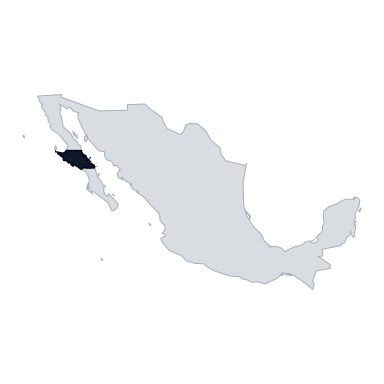 location of Mulegé, Baja California Sur, Mexico
{"feature_id": "50627088B42796639886072", "entity_name": "Mulegé", "entity_type": "district", "adm_level": 2, "iso_a3": "MEX", "parent_name": "Mexico", "parent_adm1": "Baja California Sur", "projection": "orthographic", "projection_center": [-113.158, 27.203], "detail": "fine", "context": "in_parent", "style": "filled", "palette": "ink", "viewbox_px": 384, "rotation_deg": 0, "n_neighbors": 0, "source": "geoboundaries", "source_scale": "gbopen_adm2", "svg_char_len": 7352}
<svg xmlns="http://www.w3.org/2000/svg" viewBox="0 0 384 384"><path d="M37.7,96.1L61.7,94.5L60.6,97.0L98.9,110.9L127.6,110.1L127.4,104.7L145.0,104.0L148.4,107.6L161.5,117.1L165.1,125.6L167.6,128.7L179.9,134.6L183.4,131.8L185.6,125.2L189.0,123.5L197.5,123.8L205.2,130.2L210.9,139.8L220.0,148.2L221.1,153.9L225.5,160.7L244.1,165.3L246.4,164.0L243.1,183.2L243.7,205.6L245.0,210.2L250.4,216.0L249.7,219.6L249.7,216.1L245.2,211.2L246.9,216.0L252.8,225.8L261.6,234.7L264.0,240.6L270.1,246.1L268.5,246.2L271.8,247.2L270.7,246.4L276.6,246.4L280.9,247.9L284.9,251.5L294.3,246.8L301.3,245.2L305.7,242.0L310.6,240.7L311.7,241.4L311.5,242.8L315.6,242.9L318.0,240.4L316.9,237.3L315.7,238.4L316.0,237.6L322.6,230.9L322.5,226.4L324.2,223.5L323.3,216.4L323.9,210.8L328.9,206.7L338.2,203.1L342.1,200.5L346.6,199.1L354.5,199.3L354.9,198.0L352.9,198.3L355.4,197.0L358.8,198.6L359.8,201.6L358.9,206.2L355.0,213.8L355.5,218.1L353.4,221.3L353.9,222.1L356.1,221.3L354.1,224.5L354.3,225.6L355.8,224.9L354.3,236.4L353.6,237.5L351.7,235.4L350.8,231.4L349.1,236.1L346.8,236.9L344.6,243.1L341.3,243.7L341.2,245.6L322.2,249.3L322.9,255.8L318.5,256.6L330.1,264.6L330.2,268.4L316.5,270.9L312.4,281.0L314.1,283.1L312.9,289.5L301.9,280.8L293.2,275.1L288.0,273.2L287.5,274.0L292.3,275.6L285.0,274.6L285.3,272.9L283.5,273.9L282.2,272.5L281.0,274.3L283.5,274.8L279.9,275.7L276.5,278.6L265.4,283.9L257.7,281.9L251.4,282.1L247.0,279.8L242.7,279.2L239.8,276.8L229.4,275.8L216.2,271.6L207.5,267.1L203.7,263.8L195.0,263.4L186.6,261.0L181.0,255.5L169.3,250.6L162.9,243.1L160.7,238.4L165.1,235.9L164.2,233.9L162.2,233.4L165.0,229.5L165.1,225.1L162.6,223.7L160.0,219.5L159.8,215.5L158.0,212.0L151.1,205.7L144.9,197.9L135.7,191.3L138.3,192.5L138.4,190.9L133.6,189.7L129.9,184.3L132.3,184.3L125.3,180.9L124.3,179.0L121.7,179.8L121.3,179.0L123.1,176.8L119.9,178.5L117.8,177.0L117.3,173.4L119.6,170.1L120.5,170.7L118.7,167.4L116.4,165.4L113.6,165.5L111.4,161.1L107.9,160.2L105.7,158.3L104.2,154.4L105.0,151.9L98.8,150.8L87.8,138.4L87.1,135.5L85.5,134.5L78.4,119.1L77.8,114.4L78.6,112.8L72.7,110.8L71.3,108.3L69.4,107.5L67.4,108.9L59.5,104.1L60.9,107.2L59.9,113.0L61.6,117.6L63.1,126.5L71.2,134.3L73.9,139.6L75.1,139.3L75.7,140.9L76.9,141.1L78.1,144.5L80.4,145.5L81.9,152.7L86.2,156.2L87.6,160.2L89.6,161.5L91.2,166.2L92.9,167.4L91.9,163.8L94.3,165.9L97.4,176.7L100.2,179.8L104.1,187.6L103.6,190.9L104.5,193.8L107.7,196.6L108.8,193.7L118.1,203.7L117.4,207.5L113.9,210.4L111.9,210.8L107.9,202.5L93.4,191.4L92.1,191.6L89.1,188.1L88.5,185.7L89.3,180.4L87.9,175.4L85.7,171.8L78.9,167.4L77.4,163.1L76.2,165.0L72.7,165.8L70.2,162.9L63.8,159.8L62.8,157.3L58.1,153.6L57.7,152.3L62.6,153.1L65.4,152.0L65.4,153.2L67.8,154.4L66.9,151.5L65.8,151.3L68.1,145.5L59.0,134.4L51.5,129.5L50.1,127.0L50.1,122.9L48.3,121.6L47.8,116.9L45.4,114.9L45.1,112.1L41.9,107.8L41.4,105.7L42.5,104.4L40.2,102.6L37.7,96.1ZM87.4,138.6L86.6,141.4L84.1,140.5L85.0,136.3L86.5,135.8L87.4,138.6ZM77.4,138.1L73.9,135.0L73.0,131.9L74.8,132.9L75.2,134.7L77.0,135.1L77.4,138.1ZM359.7,211.9L358.8,211.1L359.0,209.8L361.0,208.3L359.7,211.9ZM89.3,191.6L86.7,188.7L88.2,182.8L87.8,188.1L89.3,191.6ZM56.3,149.6L54.4,149.2L55.7,146.0L56.6,148.4L56.3,149.6ZM24.6,138.3L23.0,136.2L23.4,135.4L24.0,135.4L24.6,138.3ZM91.5,191.7L93.1,193.9L89.8,191.7L91.5,191.7ZM150.8,224.5L150.6,225.5L149.7,225.1L149.3,223.6L150.8,224.5ZM105.0,185.5L105.7,187.2L103.9,185.0L105.0,185.5ZM98.5,173.7L99.5,174.5L98.1,176.2L98.5,173.7ZM102.7,260.1L102.0,260.3L101.0,259.6L101.8,258.7L102.7,260.1ZM314.0,240.1L312.3,240.9L315.1,239.3L314.0,240.1ZM113.9,195.5L113.0,195.3L112.8,193.6L113.9,195.5Z" fill="#d9dde1" stroke="#a8b0b8" stroke-width="1"/><path d="M66.4,150.5L65.8,151.2L65.7,151.5L65.7,151.8L65.8,151.9L65.5,152.2L65.3,152.0L65.1,152.1L64.7,152.4L64.5,152.6L64.3,152.7L63.7,153.0L63.3,153.2L63.0,153.1L62.8,153.1L62.6,153.1L62.2,153.2L61.9,153.2L61.6,153.1L61.2,153.0L61.0,152.9L60.8,152.8L60.7,152.8L60.5,152.7L60.3,152.7L59.9,152.7L59.7,152.7L59.3,152.5L59.1,152.4L58.9,152.4L58.4,152.5L58.0,152.5L57.9,152.4L57.5,152.1L57.3,152.2L57.2,152.2L57.5,152.6L57.6,152.9L57.7,153.0L57.7,153.3L57.8,153.4L57.8,153.5L58.0,153.8L58.1,153.7L58.5,153.8L58.7,154.0L58.8,154.3L59.0,154.4L59.4,154.6L59.5,154.8L59.6,155.0L59.6,154.9L59.9,154.9L60.0,154.9L60.3,155.1L60.5,155.5L60.5,155.8L60.7,156.0L60.8,156.1L61.0,156.2L61.3,156.3L61.5,156.4L61.7,156.5L61.8,156.6L62.2,156.7L62.5,157.0L62.8,157.2L63.0,157.3L63.3,157.7L63.4,158.2L63.4,158.9L63.4,159.0L63.4,159.3L63.4,159.5L63.5,159.8L63.9,159.9L64.0,160.1L63.9,160.3L64.0,160.3L64.3,160.3L64.7,160.5L65.0,160.6L65.4,160.9L65.4,161.0L65.4,160.7L65.7,160.6L65.9,160.6L66.6,160.8L67.1,161.1L67.5,161.4L67.9,161.9L67.9,162.1L68.0,162.2L68.1,162.3L68.3,162.6L68.5,162.8L68.8,162.5L69.1,162.5L69.6,162.6L70.1,162.8L70.5,163.2L70.8,163.4L71.0,163.9L71.2,164.5L71.3,164.9L71.5,165.0L71.6,164.9L71.8,165.1L72.1,165.4L72.3,165.7L72.7,165.9L73.0,166.0L73.0,165.9L73.3,165.8L73.3,165.7L73.6,165.4L73.7,165.0L74.1,164.8L74.3,164.8L74.5,164.8L74.9,164.8L75.5,165.0L76.1,165.4L76.2,165.9L76.2,166.0L76.3,166.0L77.1,166.2L77.3,166.3L77.5,166.5L77.8,166.7L77.8,166.8L78.2,167.0L78.4,167.2L78.4,167.3L78.8,167.6L79.3,168.0L79.5,168.1L80.3,168.6L81.4,169.5L81.0,169.2L81.3,169.3L81.6,169.2L81.5,168.4L81.5,167.8L81.6,168.0L81.8,168.1L82.1,168.4L82.6,168.3L82.7,168.2L82.8,168.1L83.0,168.3L83.1,168.2L83.1,168.3L83.4,167.4L83.8,167.5L85.4,167.4L85.4,167.6L85.7,167.3L85.9,167.3L86.0,167.3L86.3,167.4L86.5,167.6L86.8,167.7L86.8,167.8L86.9,167.7L87.1,167.7L87.3,167.9L87.3,168.0L88.5,168.0L88.9,167.9L89.0,168.0L89.3,168.0L90.0,168.3L90.2,168.2L90.3,168.2L90.5,168.0L90.7,167.9L90.9,167.9L91.1,167.6L91.3,167.6L91.5,167.7L91.8,167.8L92.1,167.8L92.1,167.7L92.4,167.8L92.5,167.9L92.8,167.7L93.0,167.5L93.4,167.6L93.5,167.6L93.6,167.9L93.8,168.0L94.1,167.9L94.4,167.7L94.3,167.3L94.4,166.9L94.3,166.7L94.3,166.3L94.4,166.0L94.3,165.9L94.2,165.9L94.0,165.7L93.9,165.7L93.7,165.6L93.5,165.4L93.4,165.3L93.2,165.1L93.3,165.0L93.1,165.0L92.7,164.7L92.4,164.2L92.2,164.1L91.9,163.9L91.8,163.7L91.7,163.7L91.5,163.8L91.3,163.8L90.7,164.2L90.6,163.9L90.3,163.8L90.2,163.7L89.9,163.7L90.0,163.6L90.2,163.4L90.0,163.2L89.8,163.1L89.6,162.9L89.5,162.7L89.5,162.4L89.6,162.0L89.8,161.8L90.0,161.6L90.3,161.6L90.2,161.5L90.3,161.5L90.2,161.5L90.2,161.4L89.9,161.3L89.6,161.0L89.0,160.9L88.9,160.8L88.7,160.9L88.4,160.6L87.9,160.5L87.9,160.4L87.6,160.1L87.4,160.0L87.4,159.9L87.6,159.6L87.4,159.3L87.4,159.1L87.2,158.9L87.2,158.7L86.9,158.5L86.8,158.4L86.8,158.2L86.6,158.1L86.4,157.9L86.4,157.7L86.5,157.7L86.4,157.5L86.3,157.3L86.2,157.2L86.3,157.0L86.2,156.9L86.2,156.5L86.2,156.3L85.9,156.1L85.8,155.9L85.7,155.8L85.5,155.7L85.4,155.5L85.2,155.4L84.9,155.4L84.7,155.3L84.6,155.2L84.2,155.0L84.0,154.9L83.9,154.9L83.7,154.8L83.3,154.7L83.1,154.4L82.9,154.2L82.7,154.0L82.5,153.9L82.4,153.8L82.2,153.5L82.2,153.4L82.2,153.2L82.1,152.9L82.0,152.7L81.9,152.7L81.6,152.4L81.5,152.2L81.5,151.9L81.5,151.7L81.5,151.3L81.6,151.0L81.5,150.6L66.4,150.5ZM89.1,159.7L88.7,159.4L88.5,159.6L88.7,159.9L88.8,160.1L88.7,160.2L88.8,160.2L88.9,160.3L89.0,160.2L89.0,160.3L89.1,160.1L89.1,159.8L89.1,159.7ZM90.2,157.3L90.2,157.6L90.3,157.6L90.2,157.3ZM56.0,151.8L55.8,151.6L55.8,151.8L56.1,151.9L56.2,152.0L56.3,152.2L56.1,151.9L56.0,151.8ZM95.7,166.6L95.8,166.8L95.8,166.7L95.7,166.6ZM64.6,160.7L64.4,160.7L64.6,160.7Z" fill="#0f172a" stroke="#020617" stroke-width="1.5"/></svg>